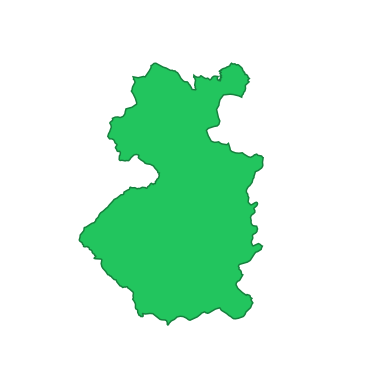 the district of Benenitra, Atsimo-Andrefana, Madagascar, rotated 209°
{"feature_id": "10022922B93003724204974", "entity_name": "Benenitra", "entity_type": "district", "adm_level": 2, "iso_a3": "MDG", "parent_name": "Madagascar", "parent_adm1": "Atsimo-Andrefana", "projection": "mercator", "projection_center": [45.12, -23.452], "detail": "fine", "context": "isolated", "style": "filled", "palette": "green", "viewbox_px": 384, "rotation_deg": 209, "n_neighbors": 0, "source": "geoboundaries", "source_scale": "gbopen_adm2", "svg_char_len": 6049}
<svg xmlns="http://www.w3.org/2000/svg" viewBox="0 0 384 384"><g transform="rotate(209 192 192)"><path d="M176.4,58.3L174.8,59.1L174.6,59.7L175.3,60.9L176.2,61.5L176.1,61.9L173.8,62.6L169.9,65.4L167.3,66.6L158.2,65.1L156.4,65.6L153.5,67.0L151.9,67.1L150.4,65.9L149.4,64.2L148.7,64.0L148.3,64.6L148.5,65.7L147.6,69.2L145.6,72.1L144.4,75.6L141.9,77.7L139.2,78.8L135.7,79.0L133.2,78.6L131.6,78.9L126.8,85.4L125.1,89.6L125.1,90.4L122.9,93.3L121.2,93.1L119.4,93.6L118.4,94.8L114.8,100.9L111.6,104.2L109.0,102.8L102.9,102.5L99.4,101.8L98.0,101.9L95.4,101.4L94.1,101.4L92.5,102.2L90.2,104.1L87.0,107.7L86.6,108.6L86.3,110.5L86.6,113.2L84.7,119.2L85.2,123.0L85.0,124.5L87.9,126.1L88.2,126.4L88.0,128.0L89.7,128.1L91.0,129.4L91.7,129.5L94.2,129.0L94.5,128.0L99.3,128.5L105.1,129.9L108.5,132.2L109.1,133.8L109.0,134.9L108.7,136.2L107.8,137.3L107.5,138.1L107.4,144.2L108.7,144.1L110.5,146.3L111.5,146.9L113.7,147.4L114.1,148.7L115.4,149.5L115.6,150.7L115.2,151.9L109.6,157.5L108.2,159.9L107.9,160.8L107.4,168.4L107.1,169.9L106.8,170.6L105.7,171.7L103.7,175.3L104.1,176.9L104.2,178.8L105.1,178.7L107.1,179.2L108.9,179.1L112.4,174.4L113.3,174.7L115.6,176.5L116.3,178.3L116.3,180.3L116.6,181.4L117.9,183.0L118.1,183.7L117.8,184.8L116.7,186.5L116.2,187.9L116.1,189.1L116.7,190.6L116.7,191.4L118.9,193.4L121.7,192.3L122.8,192.2L123.9,192.6L125.2,193.5L126.0,194.7L126.4,195.7L128.5,198.1L128.8,200.0L128.4,201.6L127.7,202.8L127.2,204.8L128.2,206.4L129.4,207.0L130.0,207.7L128.7,211.5L128.9,213.4L129.9,214.3L130.8,214.2L131.6,213.3L133.5,210.0L134.1,209.4L134.7,209.3L137.7,210.2L138.3,210.9L139.7,214.7L141.2,215.6L142.3,217.2L144.1,218.0L144.9,219.1L145.4,220.4L145.4,223.2L145.1,224.6L144.6,225.5L144.1,229.5L145.0,232.8L144.8,234.4L145.1,235.4L145.6,235.8L145.6,236.9L146.4,240.5L144.4,243.1L142.8,246.7L142.7,248.4L143.0,249.7L144.8,252.2L146.4,256.5L146.8,256.4L148.6,257.2L152.3,256.0L153.7,256.5L154.3,256.1L154.6,255.4L155.4,254.8L155.9,253.2L157.4,250.8L159.8,250.1L164.7,250.3L167.0,250.7L169.7,248.7L172.9,247.3L177.0,246.7L178.9,247.3L180.1,248.8L183.7,252.2L184.4,250.3L188.7,248.7L190.6,248.4L193.0,248.8L194.7,247.4L196.7,246.2L199.8,245.8L205.0,249.0L209.3,252.9L208.6,255.6L204.4,260.1L202.0,262.0L201.3,264.2L202.1,267.6L205.0,269.9L210.6,276.2L210.5,280.8L211.4,283.0L212.3,286.4L211.5,292.2L206.1,296.0L203.1,297.3L197.6,298.8L194.5,299.0L195.1,300.8L194.7,302.5L195.1,304.3L194.7,305.9L195.3,308.4L196.9,310.8L196.9,311.7L195.5,316.0L197.1,316.4L197.4,316.9L197.3,317.6L196.8,319.1L198.8,319.5L199.0,320.1L200.3,320.9L201.8,321.0L202.5,320.5L203.5,321.7L204.4,321.8L204.8,322.4L206.3,322.8L207.7,324.2L208.8,324.8L213.0,325.7L214.0,325.4L214.8,324.6L216.6,324.9L218.4,323.7L219.9,323.8L220.3,322.0L220.0,320.9L221.2,319.1L222.1,318.2L222.7,316.9L224.5,315.1L225.8,313.1L225.3,312.7L226.6,311.2L226.5,310.7L224.6,310.6L225.0,309.3L222.7,308.0L223.6,307.1L223.5,306.8L222.8,306.3L221.9,306.6L221.7,306.4L222.2,305.0L222.2,304.7L221.5,304.3L221.2,303.3L221.3,302.8L222.0,302.8L222.6,303.2L222.9,302.4L224.2,302.6L224.3,303.0L225.2,303.9L225.2,305.6L228.1,304.5L229.2,303.6L229.9,302.0L230.0,299.9L230.6,298.7L233.4,299.2L234.7,298.0L236.0,297.7L240.4,298.0L240.8,297.7L240.9,296.3L241.2,296.0L243.3,294.8L245.9,294.7L246.9,295.0L246.2,293.3L244.7,293.0L244.2,292.3L243.2,291.7L241.5,286.9L241.0,286.3L240.3,286.0L240.0,285.0L238.3,283.5L238.4,283.1L241.7,281.7L243.4,283.2L244.3,283.5L245.7,284.5L246.6,284.6L248.0,285.5L249.5,286.0L251.8,284.9L253.5,284.9L256.8,286.0L259.7,287.9L262.5,289.3L264.3,289.3L265.6,289.7L266.9,288.9L268.2,288.9L269.9,287.9L274.5,287.9L277.9,287.2L286.0,287.1L287.5,286.1L288.6,283.2L289.1,282.7L288.3,281.3L288.1,280.4L288.1,277.1L288.8,270.0L290.5,269.5L294.5,265.8L299.3,264.2L298.2,263.3L297.8,262.2L296.7,262.0L295.0,260.4L294.9,255.1L294.3,253.0L293.9,252.5L294.0,250.9L291.0,249.3L286.9,246.4L283.7,243.3L283.0,241.8L283.8,240.6L285.5,237.1L290.0,232.7L289.3,229.8L288.6,228.0L288.8,225.0L290.2,223.0L291.1,222.2L293.2,221.7L295.5,220.2L297.3,217.8L296.5,217.1L296.3,216.0L297.4,213.1L297.2,212.4L295.4,211.3L294.0,209.6L293.2,204.8L293.2,202.5L292.6,199.8L289.9,198.5L287.9,199.6L286.0,199.7L285.0,199.3L283.1,197.7L280.7,197.2L280.4,196.4L280.6,194.0L280.3,193.5L278.8,192.8L277.4,191.6L276.3,191.6L275.0,192.5L273.7,191.7L272.9,189.7L273.0,188.4L271.5,185.2L270.9,184.8L270.1,184.7L268.7,185.8L265.5,186.8L265.0,187.5L262.6,188.7L262.1,190.6L262.0,192.4L260.8,196.0L260.4,196.6L258.8,197.9L256.6,198.4L256.1,198.0L255.7,196.2L255.3,195.9L252.2,195.3L249.3,195.2L247.4,194.7L247.1,194.4L245.0,194.8L241.9,196.0L238.3,196.1L236.2,195.0L232.4,193.7L231.2,192.4L229.7,192.7L229.5,191.4L228.5,190.4L228.1,187.8L228.8,186.1L228.6,184.6L229.1,183.5L228.3,182.1L228.2,181.6L229.3,180.9L229.6,179.8L231.6,180.0L231.9,179.7L232.3,178.6L232.3,177.1L233.2,175.2L233.3,173.5L233.8,173.1L235.0,173.2L237.8,172.0L239.4,169.7L240.7,169.1L241.6,168.2L244.0,168.1L246.5,166.6L248.3,166.3L248.5,165.8L248.2,165.0L248.1,163.9L249.4,162.3L251.4,158.9L250.8,157.4L250.9,156.5L252.8,155.0L254.6,150.4L256.5,147.7L256.8,145.6L258.0,140.7L258.4,137.6L259.1,136.3L260.4,132.3L261.8,129.5L262.1,127.4L261.8,124.5L262.7,121.6L262.3,120.1L262.6,117.9L264.5,115.9L267.6,110.0L268.9,108.7L268.8,108.0L268.2,106.8L267.9,105.5L268.9,100.2L268.0,98.1L267.4,95.5L266.8,94.9L266.0,94.6L263.6,94.4L262.4,93.3L261.3,93.1L260.4,91.8L259.1,92.1L257.3,93.5L256.5,93.3L255.7,93.6L255.0,93.3L253.8,92.1L252.0,92.3L251.0,91.9L250.4,91.6L250.0,90.8L248.5,90.2L247.1,90.2L246.5,89.5L245.0,89.2L244.9,88.7L245.5,87.1L245.4,86.6L244.4,86.7L239.4,89.1L238.3,89.2L237.9,88.8L236.7,85.3L234.7,83.1L232.9,82.0L229.0,80.7L225.6,78.9L224.2,79.2L222.8,78.8L221.9,79.1L220.4,78.4L217.7,77.7L215.8,78.3L214.0,76.9L209.4,75.0L208.3,75.3L206.3,74.9L204.9,76.3L204.2,76.5L203.2,77.5L202.6,77.7L201.5,77.0L199.8,76.9L194.8,75.8L194.2,75.1L193.2,72.5L192.0,71.1L191.9,69.5L189.6,68.4L187.6,67.0L186.8,66.1L185.6,63.7L184.9,62.9L184.1,62.5L183.0,62.6L182.4,62.4L181.0,60.3L178.5,58.5L176.9,58.7L176.4,58.3Z" fill="#22c55e" stroke="#15803d" stroke-width="1.5"/></g></svg>